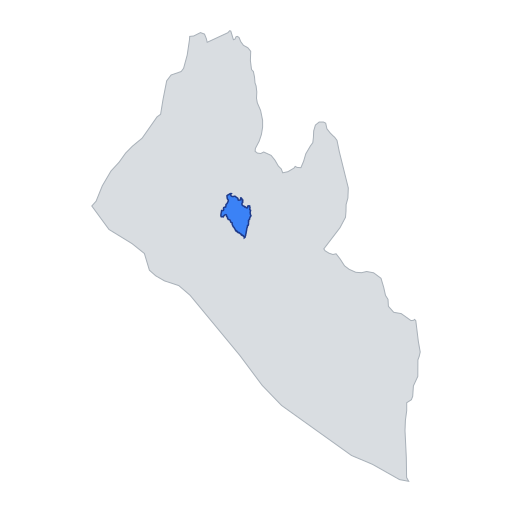 Yeallequelleh, Bong, Liberia (highlighted)
{"feature_id": "62588387B10021882083615", "entity_name": "Yeallequelleh", "entity_type": "district", "adm_level": 2, "iso_a3": "LBR", "parent_name": "Liberia", "parent_adm1": "Bong", "projection": "equal_earth", "projection_center": [-9.69, 6.817], "detail": "fine", "context": "in_parent", "style": "filled", "palette": "blue", "viewbox_px": 512, "rotation_deg": 0, "n_neighbors": 0, "source": "geoboundaries", "source_scale": "gbopen_adm2", "svg_char_len": 4826}
<svg xmlns="http://www.w3.org/2000/svg" viewBox="0 0 512 512"><path d="M91.8,206.0L96.1,201.2L102.3,185.8L111.0,171.0L119.1,162.2L125.6,153.1L132.4,146.2L142.2,138.1L157.1,116.8L160.6,114.3L163.0,99.6L166.7,80.8L171.1,75.0L181.2,71.5L183.6,68.3L187.2,55.1L189.5,39.7L189.7,36.4L193.7,36.0L200.5,32.6L204.5,34.1L206.3,38.6L207.2,42.3L227.9,32.7L229.7,30.7L230.8,31.1L233.4,39.7L234.9,39.2L236.1,36.7L237.5,36.4L239.1,37.6L240.7,41.6L243.4,45.3L247.9,47.8L250.7,51.3L250.4,60.5L251.5,69.5L253.4,71.6L254.5,77.0L255.0,82.9L256.1,86.0L256.8,91.9L256.5,98.3L257.3,102.8L260.6,110.5L262.6,120.3L262.6,127.2L261.4,134.5L259.2,141.1L255.4,148.4L255.1,151.3L257.4,153.1L260.8,153.5L263.7,152.0L271.1,155.4L274.9,160.1L278.3,166.0L281.3,169.0L282.7,172.8L287.9,171.7L294.0,168.1L295.2,166.4L297.0,167.4L300.9,167.7L303.6,161.3L305.8,153.8L310.5,145.8L312.8,142.7L313.4,137.5L313.7,130.9L315.4,125.1L319.2,122.0L323.4,122.0L325.7,123.2L326.9,128.8L330.2,133.0L333.1,135.9L334.6,137.2L337.0,140.4L339.3,151.7L348.3,188.0L347.9,198.0L346.1,204.6L346.0,211.0L345.5,217.3L340.0,227.7L323.8,248.9L325.1,250.8L329.0,253.2L332.9,254.5L336.1,253.8L340.2,259.1L344.5,265.8L349.1,269.3L355.8,272.3L361.6,272.7L366.6,271.5L373.6,272.8L381.0,278.3L383.7,287.4L385.5,295.4L388.0,299.4L388.4,306.3L393.7,312.3L401.2,313.6L411.0,320.6L413.5,320.3L414.6,319.4L415.8,320.7L418.3,341.2L420.2,352.0L419.2,356.4L417.9,359.9L417.8,376.4L413.4,385.9L412.7,396.3L411.4,399.7L406.7,402.7L406.7,410.7L405.4,420.3L405.0,430.6L406.3,457.5L406.6,477.5L408.7,481.3L399.5,479.6L372.4,464.3L351.5,455.5L281.6,405.5L262.2,385.4L239.9,355.5L190.1,295.3L178.8,285.6L164.5,280.9L155.7,275.8L149.4,270.2L144.4,253.5L132.0,243.6L109.0,229.5L91.8,206.0Z" fill="#d9dde1" stroke="#a8b0b8" stroke-width="1"/><path d="M244.3,237.8L245.1,237.2L245.2,236.2L245.6,235.6L245.6,234.7L245.9,233.9L246.0,233.4L246.3,231.6L246.5,230.7L246.6,230.1L246.8,228.6L246.8,228.4L247.4,226.9L247.5,225.5L248.2,225.3L248.5,224.2L248.5,222.8L248.4,222.1L248.7,221.6L248.4,220.7L248.5,220.5L249.0,219.8L249.5,219.5L249.5,219.4L249.6,218.4L249.7,218.2L250.2,216.9L251.0,215.8L251.0,215.7L250.4,214.5L250.3,213.5L250.1,212.7L250.2,212.2L250.3,211.5L250.6,210.3L250.5,210.2L250.4,210.2L250.1,209.9L249.7,209.6L250.0,207.4L249.9,207.1L249.7,206.7L249.6,205.9L249.4,205.9L249.1,205.9L248.1,205.8L247.8,206.2L247.7,206.8L247.6,207.5L247.2,207.9L246.7,207.9L246.0,207.5L245.7,207.1L245.4,206.9L245.1,206.9L244.7,207.0L244.3,206.3L243.3,206.0L242.9,205.7L242.6,205.5L242.3,205.1L242.0,204.8L242.0,204.4L242.0,203.8L241.9,203.5L242.2,202.9L242.6,202.4L242.8,202.2L242.8,201.8L242.3,201.1L242.7,200.7L242.8,200.3L242.7,200.3L242.3,200.2L242.1,199.1L241.8,198.7L241.3,198.0L240.9,197.8L240.6,198.0L240.7,199.3L240.4,199.9L239.9,200.1L239.5,200.1L239.0,200.1L238.5,200.2L238.1,199.9L238.0,199.1L238.0,198.9L237.8,198.3L237.0,197.7L236.0,197.0L235.6,196.7L235.4,196.5L234.9,196.2L232.8,196.6L232.4,196.5L231.9,196.4L231.6,196.2L231.1,195.9L231.0,195.7L230.6,195.0L231.0,193.9L231.3,193.6L230.9,193.5L229.9,193.8L229.0,194.4L227.8,195.0L227.0,195.6L227.0,196.5L227.3,198.6L227.4,198.8L227.5,199.0L227.7,199.3L228.0,199.5L228.2,200.1L228.3,200.8L228.0,201.7L227.8,202.0L227.7,202.2L227.5,202.6L227.1,203.5L226.4,204.1L226.0,204.5L225.9,205.1L226.0,205.7L225.8,206.3L225.6,207.1L225.3,207.1L224.5,207.2L223.7,207.6L223.6,207.9L223.5,208.6L223.5,208.8L223.6,209.0L223.7,209.7L223.4,210.3L222.8,210.6L221.9,210.5L221.6,210.5L221.3,212.6L221.1,213.5L221.0,214.2L220.9,214.9L220.9,215.5L220.9,216.0L221.1,216.3L221.2,216.6L221.3,216.8L221.6,216.7L222.2,216.7L222.6,216.8L222.8,216.8L223.3,216.9L223.5,216.4L223.9,215.8L224.2,215.5L224.8,215.0L225.2,214.7L225.3,214.7L226.2,214.7L226.4,214.9L226.6,215.5L226.6,216.3L226.6,216.5L227.5,217.2L227.5,217.4L227.6,218.2L227.6,218.5L228.0,219.0L228.3,219.5L228.6,219.5L229.1,219.6L229.7,219.8L230.2,220.5L230.3,220.9L230.5,221.3L230.7,222.0L231.0,222.4L231.5,222.5L231.9,222.7L232.1,222.8L232.2,223.3L232.2,223.6L232.2,224.3L232.2,224.5L232.6,225.3L232.8,225.8L233.0,226.1L233.1,226.6L233.3,226.7L233.5,226.9L233.7,227.1L234.0,227.5L234.4,228.0L234.5,228.4L234.7,228.8L235.2,229.4L235.5,229.9L235.5,230.1L235.5,230.3L235.5,230.5L235.8,230.9L236.1,230.9L236.2,231.0L236.4,230.9L236.5,230.8L236.8,231.0L236.8,231.3L236.9,231.5L237.0,231.7L237.3,231.7L237.3,231.8L237.5,232.0L237.8,232.1L237.8,232.3L237.9,232.5L238.1,232.6L238.4,232.5L238.5,232.5L238.7,232.8L239.0,232.8L239.3,232.7L239.4,233.0L239.8,233.2L240.0,233.4L240.2,233.6L240.7,234.0L241.0,234.0L241.1,234.3L241.3,234.5L241.7,234.7L241.7,234.8L241.5,235.0L241.9,235.3L242.2,235.4L242.3,235.2L242.7,235.3L242.8,235.5L243.2,235.6L243.3,235.7L243.2,235.8L243.2,236.0L243.3,236.1L243.5,236.2L243.7,236.4L243.8,236.6L244.1,236.7L244.1,236.8L244.3,237.0L244.3,237.8Z" fill="#3b82f6" stroke="#1e3a8a" stroke-width="1.5"/></svg>